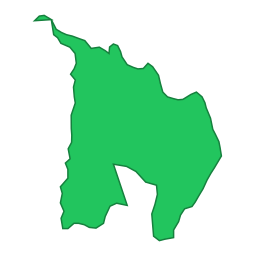 Damolândia, Goiás, Brazil
{"feature_id": "56859067B54653544847909", "entity_name": "Damolândia", "entity_type": "district", "adm_level": 2, "iso_a3": "BRA", "parent_name": "Brazil", "parent_adm1": "Goiás", "projection": "robinson", "projection_center": [-49.341, -16.25], "detail": "fine", "context": "isolated", "style": "filled", "palette": "green", "viewbox_px": 256, "rotation_deg": 0, "n_neighbors": 0, "source": "geoboundaries", "source_scale": "gbopen_adm2", "svg_char_len": 1332}
<svg xmlns="http://www.w3.org/2000/svg" viewBox="0 0 256 256"><path d="M127.2,205.4L113.4,164.2L126.6,166.4L136.0,171.5L145.7,182.1L156.5,185.2L157.4,194.4L155.0,204.3L151.8,214.0L153.6,236.2L159.4,240.6L164.8,239.2L173.6,237.6L173.6,230.0L178.6,221.6L180.5,215.1L184.6,208.8L192.0,206.5L195.1,202.2L198.6,196.1L203.0,188.8L207.1,179.9L210.8,173.4L214.5,167.6L221.4,156.0L220.0,147.3L218.9,141.7L215.3,134.2L212.8,129.4L210.5,118.2L206.2,107.9L204.9,102.7L202.0,96.8L196.4,92.1L191.0,94.4L182.9,99.4L178.0,99.8L173.3,98.6L167.5,96.9L162.8,92.1L160.4,83.5L158.5,75.3L152.6,66.7L148.0,63.3L143.3,68.5L137.9,68.9L133.3,67.4L127.2,64.7L122.0,56.9L120.5,51.5L117.6,45.6L113.4,44.0L109.6,47.0L109.0,53.5L105.1,50.6L99.3,47.2L91.2,48.4L88.0,44.5L84.8,40.6L79.6,38.8L72.3,36.1L66.5,34.7L61.5,32.5L56.2,29.3L51.3,19.6L53.7,34.7L57.6,37.7L60.9,43.3L69.9,47.2L75.1,53.5L76.3,63.3L74.1,68.9L70.6,74.2L75.3,80.0L73.5,87.1L74.3,96.9L75.3,103.0L71.2,115.2L71.3,128.6L71.8,135.3L71.6,142.4L68.2,148.8L70.1,158.8L65.4,163.1L67.9,169.4L67.9,178.2L60.4,186.8L62.3,193.4L60.4,202.9L64.0,211.3L61.1,218.3L62.8,228.6L67.9,228.6L74.0,223.3L78.5,223.3L84.3,224.7L89.3,227.4L96.0,228.1L103.5,223.3L105.2,216.5L110.0,206.2L116.6,203.2L127.2,205.4ZM51.3,19.6L44.2,15.4L39.3,16.1L34.6,20.7L51.3,19.6Z" fill="#22c55e" stroke="#15803d" stroke-width="1.5"/></svg>